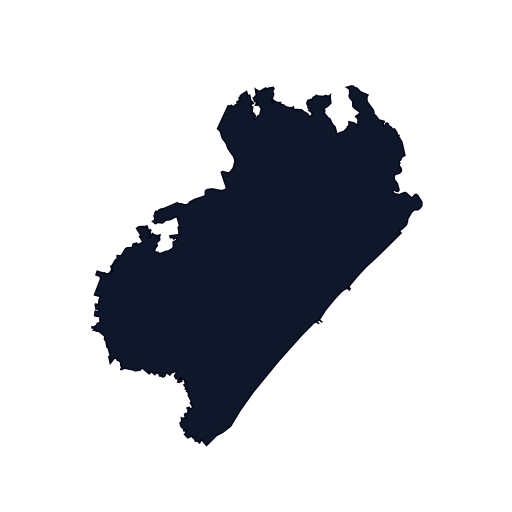 Tuxpan, Veracruz, Mexico, rotated 67°
{"feature_id": "50627088B36827584115772", "entity_name": "Tuxpan", "entity_type": "district", "adm_level": 2, "iso_a3": "MEX", "parent_name": "Mexico", "parent_adm1": "Veracruz", "projection": "albers", "projection_center": [-97.453, 20.934], "detail": "fine", "context": "isolated", "style": "filled", "palette": "ink", "viewbox_px": 512, "rotation_deg": 67, "n_neighbors": 0, "source": "geoboundaries", "source_scale": "gbopen_adm2", "svg_char_len": 6109}
<svg xmlns="http://www.w3.org/2000/svg" viewBox="0 0 512 512"><g transform="rotate(67 256 256)"><path d="M411.1,375.6L405.8,362.4L405.3,355.4L402.7,345.8L391.8,330.7L380.3,312.1L361.2,275.7L346.7,244.9L340.7,230.3L339.8,226.8L343.1,224.2L340.3,226.2L339.4,223.0L343.0,220.8L339.6,222.6L339.2,222.3L332.7,212.8L326.0,199.9L322.4,191.8L321.4,188.1L321.3,184.4L323.7,183.4L322.7,182.0L320.5,182.8L314.3,170.8L309.0,159.0L303.4,143.3L291.5,113.4L288.8,114.3L288.2,110.7L286.0,105.3L283.3,102.9L281.5,102.2L276.5,95.7L275.4,92.2L276.6,89.1L276.4,87.1L274.7,83.9L271.4,82.2L263.8,83.4L262.0,84.2L261.6,85.6L263.1,89.0L262.9,90.2L256.2,93.3L255.5,94.8L255.5,100.0L253.1,103.8L250.5,105.1L248.7,104.0L252.0,100.5L251.7,99.1L250.7,98.4L244.8,97.6L239.7,98.8L236.7,97.6L235.3,96.1L235.9,91.4L234.7,89.0L232.1,88.1L228.2,89.0L226.6,87.2L225.0,87.4L224.0,86.7L224.2,85.3L221.9,83.1L221.6,79.6L208.1,77.1L201.6,78.1L200.9,77.3L200.6,78.4L196.7,78.1L193.2,78.8L192.5,81.0L190.4,81.1L189.6,82.0L187.4,82.7L186.8,83.9L185.7,84.0L185.7,82.8L184.8,83.4L184.7,84.8L186.0,85.7L186.5,87.0L185.8,87.7L182.7,86.8L182.9,85.7L182.1,85.4L178.7,89.7L173.9,90.8L171.7,91.9L167.7,90.9L157.2,93.4L152.9,91.8L151.5,90.0L145.5,95.8L141.0,97.4L139.0,99.7L137.7,99.9L137.5,101.4L136.8,101.4L136.1,106.7L139.0,104.8L143.4,106.4L144.9,107.8L147.3,107.9L151.4,106.5L156.1,108.4L158.3,107.7L164.5,103.9L165.8,106.3L166.4,109.8L167.0,109.8L167.7,108.4L169.0,109.1L170.5,108.7L175.4,111.5L171.7,113.8L168.7,118.0L172.3,119.3L172.6,121.3L173.9,122.1L175.6,126.5L175.2,131.2L176.3,133.9L167.8,132.8L165.0,134.1L158.5,134.4L157.3,135.5L150.8,137.4L149.3,135.9L146.8,136.1L146.3,131.8L144.4,127.2L139.6,126.0L136.8,124.6L137.3,125.7L136.8,127.6L135.2,129.5L135.7,131.0L133.1,136.3L131.5,137.9L132.5,139.7L132.1,140.9L134.3,144.1L133.4,144.2L133.0,147.5L135.4,149.7L138.9,149.5L139.6,150.2L140.5,150.1L140.5,149.4L141.9,147.8L142.4,150.5L145.5,148.9L145.9,146.7L146.5,148.5L148.0,149.7L148.9,152.7L145.9,152.6L142.4,155.0L142.0,156.2L140.8,156.0L139.0,157.2L136.3,163.1L136.5,163.8L133.3,163.4L133.7,164.7L131.9,168.3L130.0,170.4L127.8,171.5L126.2,173.9L124.3,173.3L123.0,176.6L120.4,178.4L120.0,179.1L121.4,180.4L119.7,181.1L118.5,179.3L117.1,180.0L116.6,178.7L114.2,176.6L110.2,176.1L109.2,174.1L107.5,174.2L106.4,178.7L106.8,180.5L106.0,181.4L105.3,181.2L105.1,183.1L106.1,183.7L105.4,184.3L105.9,187.7L104.8,189.9L103.4,190.2L103.2,191.0L102.2,191.4L108.4,193.0L108.7,194.7L109.5,195.1L109.5,196.8L113.5,196.7L114.9,195.0L117.0,197.6L118.1,194.5L122.6,193.5L127.8,197.7L127.8,199.8L129.1,201.1L129.6,202.9L129.3,204.5L128.6,204.2L127.3,201.9L124.3,202.1L122.2,203.4L117.5,200.8L116.6,202.2L114.3,200.9L114.6,198.8L112.5,199.0L112.8,199.9L107.8,199.9L107.8,199.3L105.4,199.0L105.2,200.9L100.9,200.4L101.8,206.1L102.3,206.1L102.2,207.6L103.3,208.0L103.6,209.5L104.7,210.2L105.5,209.4L106.5,210.0L106.6,213.3L109.5,214.1L108.8,216.1L109.7,217.0L109.3,219.1L107.7,219.6L107.7,221.9L106.8,222.9L123.8,241.7L127.0,240.2L134.4,241.0L140.5,239.5L146.2,239.8L155.6,237.8L158.7,237.9L160.6,238.4L165.9,242.4L168.5,246.5L168.7,249.1L165.1,253.7L165.4,255.3L182.1,256.6L182.8,258.2L182.5,262.0L177.1,270.1L175.7,275.2L176.4,277.2L180.8,279.3L179.9,290.5L180.5,296.2L181.0,296.1L181.8,299.4L180.7,302.3L179.0,304.0L177.3,307.4L176.2,307.4L176.3,322.4L175.6,325.4L175.8,327.6L176.8,328.9L175.7,330.6L176.6,332.1L179.1,333.4L179.2,334.4L181.3,334.2L183.4,335.5L183.7,337.7L187.0,335.9L186.7,333.4L189.1,329.1L187.8,324.9L189.0,321.0L188.6,314.7L189.1,313.6L190.5,313.5L198.2,314.6L199.6,316.7L203.0,317.2L204.5,318.1L204.9,317.4L206.4,317.8L203.8,327.4L205.9,327.7L206.2,325.7L208.5,325.0L207.7,323.4L208.2,322.7L210.5,322.1L210.8,326.8L215.2,328.4L216.8,330.6L216.6,332.4L217.3,334.7L216.6,336.4L216.3,343.0L215.8,344.3L214.2,344.8L213.0,347.3L211.3,347.3L209.2,345.2L208.0,342.8L205.0,342.5L203.5,338.2L201.0,337.6L199.1,336.1L198.7,338.9L197.4,340.8L194.8,342.6L197.4,346.0L197.3,347.0L194.9,346.1L194.6,345.7L195.3,345.8L194.1,344.6L191.8,343.6L191.3,342.7L190.4,343.1L190.7,344.2L189.7,345.0L185.9,344.5L185.4,345.5L186.5,346.7L185.0,347.6L183.3,352.5L183.9,355.2L192.9,353.7L192.4,355.5L198.7,354.7L199.1,355.3L199.4,360.7L197.5,360.7L197.0,364.4L199.9,366.6L198.1,371.3L198.3,373.3L203.2,380.0L201.3,383.6L205.7,385.7L204.5,386.7L208.6,392.2L208.7,393.4L209.5,392.8L209.7,393.8L210.9,393.4L212.5,394.9L214.0,394.0L213.7,396.6L214.8,397.4L213.9,400.9L212.1,402.2L211.8,403.6L207.9,408.1L210.9,410.7L213.8,407.4L215.0,407.8L215.4,407.1L228.7,419.9L232.6,415.0L235.1,417.7L239.3,419.9L237.5,422.5L238.7,423.4L239.6,423.5L240.0,422.9L242.0,424.2L244.0,421.4L245.9,422.7L243.9,425.5L247.9,427.9L251.3,423.1L253.9,424.9L256.2,425.1L256.1,428.7L257.3,429.2L257.9,432.7L257.2,434.8L258.4,434.9L258.3,434.1L259.5,432.7L260.8,434.6L261.4,432.7L262.6,432.6L264.0,430.0L271.1,426.4L273.1,428.0L276.2,427.5L280.7,428.6L281.9,428.7L282.2,427.9L291.4,429.2L291.1,430.8L297.9,432.1L294.9,426.7L295.3,424.4L297.7,424.5L299.2,422.8L301.1,422.2L304.1,423.3L305.7,422.9L307.6,424.8L308.1,424.1L307.8,421.0L312.7,413.8L314.6,412.0L315.1,409.8L314.3,409.6L315.9,407.6L314.5,404.5L322.8,400.4L321.5,397.5L325.7,395.5L324.4,392.7L326.4,391.7L326.2,391.1L328.7,391.7L330.2,389.1L330.9,389.2L331.0,387.2L328.2,383.8L331.9,381.9L330.5,379.2L331.1,374.8L332.5,374.7L333.9,377.4L334.7,377.0L335.5,377.3L335.4,377.9L337.9,377.5L338.8,375.3L341.4,377.3L342.3,376.0L342.2,373.2L339.4,374.5L339.8,373.6L339.0,373.0L339.3,372.3L340.7,372.5L341.1,370.5L345.3,370.7L345.0,369.8L346.5,370.3L345.8,370.9L346.4,372.7L349.3,372.1L351.0,373.0L351.4,371.8L353.0,372.1L353.3,372.8L355.8,371.3L356.7,372.4L358.5,372.8L365.0,372.3L365.6,373.9L369.7,373.3L371.5,374.5L371.2,376.0L369.1,376.7L369.0,378.9L370.2,378.8L370.2,377.3L370.8,376.8L372.1,378.5L371.9,379.1L374.9,380.9L373.3,382.4L373.9,383.7L377.0,384.1L376.9,386.9L375.7,387.9L379.4,389.1L380.1,391.3L384.3,391.6L386.1,390.5L388.7,390.7L388.5,389.7L391.4,389.5L392.2,391.5L396.8,389.8L396.6,385.1L398.2,385.3L399.9,384.1L402.8,384.2L403.5,382.2L406.1,381.0L403.6,377.9L411.1,375.6Z" fill="#0f172a" stroke="#020617" stroke-width="1.5"/></g></svg>